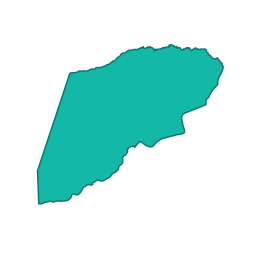 outline of Jonglei, rotated 105°
{"feature_id": "SDS-870", "entity_name": "Jonglei", "entity_type": "State", "adm_level": 1, "iso_a3": "SSD", "parent_name": "South Sudan", "parent_adm1": "", "projection": "albers", "projection_center": [31.68, 7.658], "detail": "fine", "context": "isolated", "style": "filled", "palette": "teal", "viewbox_px": 256, "rotation_deg": 105, "n_neighbors": 0, "source": "natural_earth", "source_scale": "10m", "svg_char_len": 5009}
<svg xmlns="http://www.w3.org/2000/svg" viewBox="0 0 256 256"><g transform="rotate(105 128 128)"><path d="M144.8,116.5L144.3,117.1L144.1,117.6L145.1,120.3L145.5,120.9L146.2,121.3L146.3,121.7L146.4,122.0L146.6,122.3L146.9,122.4L148.0,122.5L148.9,122.9L149.4,123.0L149.6,122.7L149.8,122.6L151.1,122.3L151.5,122.3L152.6,122.8L153.9,123.0L154.3,123.1L154.9,123.6L155.5,124.4L156.3,125.0L158.5,125.6L159.0,125.6L160.0,124.9L160.3,124.7L162.1,124.4L163.1,124.3L163.8,124.6L164.2,124.8L164.9,125.1L165.3,125.3L165.7,125.6L166.3,126.3L166.7,126.7L167.6,126.9L170.2,126.6L170.6,126.7L171.7,127.5L173.0,127.8L173.3,128.0L173.9,128.6L175.2,130.4L177.2,131.9L177.6,132.0L178.4,132.1L178.8,132.2L180.1,132.9L185.1,138.0L185.8,139.1L186.1,140.5L186.1,144.3L186.2,144.5L186.5,144.6L188.3,146.0L189.4,147.4L190.2,148.0L190.9,147.8L191.6,147.5L192.2,147.8L192.5,148.5L192.7,149.3L192.8,150.6L192.8,151.0L192.9,152.0L193.2,152.4L193.5,152.5L194.1,153.2L195.8,154.4L196.0,154.7L196.2,155.4L196.5,155.6L196.8,155.7L196.9,155.8L202.6,157.2L205.2,159.0L205.6,159.5L205.8,160.1L206.0,160.8L206.1,161.6L205.6,162.0L205.6,162.3L205.8,162.7L205.8,162.9L206.1,164.5L206.6,164.9L207.3,165.1L209.0,165.1L209.9,165.2L210.6,165.4L213.3,167.2L213.6,167.7L213.8,168.4L214.3,169.0L214.5,169.1L215.0,170.8L215.4,172.4L216.3,174.7L216.6,177.1L217.0,177.9L218.6,180.6L218.9,181.7L218.9,184.1L219.1,184.9L220.6,187.4L221.4,189.3L222.0,190.1L222.8,190.8L223.5,191.7L223.8,192.4L224.2,194.6L192.8,204.3L112.8,199.6L91.1,198.4L90.9,197.8L90.6,197.8L90.4,198.0L90.1,198.0L89.8,197.6L89.4,197.1L89.1,196.6L89.0,196.2L88.9,195.4L87.7,192.2L87.2,191.6L86.8,191.0L86.4,190.8L85.9,190.3L85.5,189.3L85.1,187.4L84.2,185.4L84.0,183.7L83.8,183.0L83.6,182.4L83.2,181.8L80.6,178.7L80.2,177.7L80.0,176.0L79.8,175.2L79.2,174.9L78.5,174.8L78.0,174.4L77.7,173.8L77.4,172.9L77.1,171.1L76.9,170.2L76.4,169.9L76.2,169.7L76.1,169.4L76.1,169.0L75.9,168.6L74.6,167.4L74.3,166.7L74.1,166.0L73.8,165.4L73.1,165.2L72.6,164.9L72.2,164.4L71.6,163.2L70.7,162.3L70.1,161.8L69.3,161.5L69.0,161.2L68.4,160.6L68.1,160.4L67.4,160.1L67.2,159.9L67.1,159.5L66.9,158.6L66.7,158.2L66.2,158.0L65.2,157.7L64.8,157.5L64.3,157.1L62.9,156.5L60.2,154.2L59.9,154.0L58.9,153.8L58.5,153.8L58.2,153.7L57.9,153.5L56.8,151.9L56.7,151.6L56.6,151.3L56.5,150.5L56.2,150.1L54.3,149.0L53.4,147.9L52.9,147.5L52.7,147.3L52.5,146.0L52.3,145.5L51.9,145.0L51.5,144.2L51.2,143.2L50.6,142.4L50.3,141.8L50.1,140.1L49.7,139.3L48.5,137.9L48.2,137.2L48.1,136.7L47.8,136.6L47.4,136.6L47.1,136.4L47.2,135.8L47.1,135.6L46.7,135.2L46.3,135.0L45.9,134.6L45.6,134.2L45.9,134.0L46.4,133.9L46.7,133.8L46.8,133.5L46.8,133.0L46.7,132.2L46.4,131.5L45.9,130.9L45.0,130.5L44.9,130.1L45.0,129.6L44.9,129.2L44.7,129.0L44.0,128.5L43.8,128.1L43.9,127.8L44.2,127.5L44.4,127.3L44.1,126.5L44.4,124.7L44.6,124.4L44.8,124.3L45.0,123.9L45.2,123.7L45.5,123.4L45.5,123.1L45.2,122.8L45.2,122.5L45.5,122.5L45.7,122.4L45.8,122.4L46.1,122.3L45.3,122.0L45.0,122.0L45.0,121.7L45.5,121.4L45.2,121.1L44.7,120.8L44.4,120.5L44.4,119.3L44.3,119.1L43.9,118.8L43.5,117.4L41.1,114.5L41.6,114.1L41.1,113.4L40.3,112.5L39.8,111.7L39.7,111.1L39.8,110.5L39.7,109.9L39.5,109.5L39.0,109.5L38.5,109.7L38.1,109.7L38.1,108.9L37.1,109.4L36.5,108.1L36.4,106.4L36.6,105.6L37.3,105.4L37.2,104.9L36.9,104.4L36.9,104.2L37.6,103.9L37.6,103.3L36.8,102.0L37.1,101.9L37.9,101.4L37.6,101.0L37.4,99.8L37.0,99.4L37.3,98.3L37.5,98.1L37.8,98.0L38.0,97.8L38.3,96.7L38.5,96.1L38.5,95.5L38.2,94.8L38.0,94.7L37.5,94.8L37.3,94.8L37.3,94.6L37.4,94.1L37.3,93.9L36.2,93.1L36.0,92.9L35.8,92.5L35.3,91.9L35.1,91.5L35.3,91.0L35.5,90.6L35.5,90.3L35.1,90.0L35.2,90.4L35.1,90.5L34.9,90.5L34.9,90.1L35.0,89.5L35.2,89.0L35.4,88.6L36.2,87.6L36.5,87.0L36.5,86.4L36.3,86.1L36.0,86.0L35.7,85.9L35.4,85.8L33.9,84.3L33.5,83.9L33.2,83.3L33.7,82.9L34.1,82.5L34.3,82.0L34.1,81.4L33.8,81.6L33.6,81.0L33.6,79.6L33.6,78.9L33.4,78.5L32.9,78.1L32.7,77.7L32.7,76.9L32.7,76.6L32.6,76.0L32.1,75.2L31.9,74.7L31.8,74.0L31.9,73.3L32.2,72.8L32.5,72.5L32.7,72.3L33.4,72.2L33.6,72.2L34.3,71.4L34.4,71.1L34.5,70.5L34.7,70.2L34.9,70.1L35.4,69.9L35.7,69.7L36.2,69.2L36.4,68.8L36.6,67.5L37.0,66.7L37.5,66.3L38.1,66.0L38.5,65.5L38.3,65.2L38.6,64.8L38.8,64.4L38.8,61.8L38.7,61.2L38.1,60.9L37.7,60.5L37.2,59.5L37.7,59.1L38.4,58.8L38.8,58.2L39.0,57.3L39.5,56.7L40.0,56.3L40.4,55.8L40.9,54.5L41.2,54.0L42.0,53.9L42.5,53.7L43.0,53.2L43.4,52.6L43.8,52.2L44.5,51.9L45.2,51.7L50.1,52.0L55.2,53.2L56.9,53.4L60.1,53.4L60.7,53.3L61.2,53.0L61.8,52.7L62.7,52.8L64.4,53.4L69.3,56.1L75.6,57.8L77.4,58.0L78.2,58.3L78.6,58.8L78.9,59.1L79.7,59.4L80.5,59.7L81.1,59.8L82.8,59.5L84.7,58.9L84.8,58.8L85.1,58.9L85.3,59.0L85.8,59.4L99.1,77.3L100.5,78.5L102.1,79.1L103.6,79.1L104.9,78.7L110.3,76.1L115.2,73.1L116.1,72.7L117.1,72.4L117.8,72.4L118.6,72.9L119.4,74.0L120.9,76.8L121.6,78.6L128.7,91.2L131.0,94.0L134.5,96.9L138.7,98.9L139.7,99.8L140.3,101.1L140.5,103.1L140.4,104.8L140.0,106.4L139.5,108.0L138.3,110.6L138.0,111.7L138.1,112.9L139.1,113.8L140.0,114.4L144.8,116.5L144.8,116.5Z" fill="#14b8a6" stroke="#0f766e" stroke-width="1.5"/></g></svg>